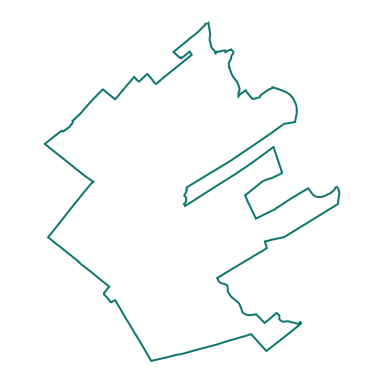 Frumusani, Calarasi, Romania
{"feature_id": "2599482B46828357361633", "entity_name": "Frumusani", "entity_type": "district", "adm_level": 2, "iso_a3": "ROU", "parent_name": "Romania", "parent_adm1": "Calarasi", "projection": "orthographic", "projection_center": [26.321, 44.314], "detail": "fine", "context": "isolated", "style": "outline", "palette": "teal", "viewbox_px": 384, "rotation_deg": 0, "n_neighbors": 0, "source": "geoboundaries", "source_scale": "gbopen_adm2", "svg_char_len": 5843}
<svg xmlns="http://www.w3.org/2000/svg" viewBox="0 0 384 384"><path d="M339.2,194.6L339.2,192.1L339.2,191.8L339.0,191.5L338.8,191.3L338.8,191.0L338.8,190.6L338.8,190.2L338.7,189.8L337.8,188.1L337.5,187.5L337.2,187.2L336.6,187.2L335.8,187.3L335.6,187.4L335.4,187.9L334.1,190.1L333.4,190.9L331.7,192.1L330.9,192.9L328.3,194.2L327.1,194.6L326.0,195.2L325.5,195.6L322.6,196.7L321.5,196.8L320.3,197.0L318.4,197.0L317.0,196.8L315.5,196.3L315.1,196.1L313.8,195.2L313.1,194.8L311.5,192.9L308.8,189.0L308.3,188.4L307.9,188.4L307.0,189.0L291.1,198.5L275.5,208.7L274.1,209.7L271.8,210.8L255.9,218.6L253.9,214.3L247.3,200.8L246.9,199.8L246.7,198.9L246.5,198.4L245.1,195.4L248.6,192.6L259.9,183.5L262.3,181.5L265.8,180.0L268.7,178.9L271.6,178.2L281.7,173.3L282.0,172.7L281.9,172.2L281.0,169.3L274.7,150.6L273.7,147.4L273.6,147.0L273.3,147.1L270.2,149.4L259.7,157.2L248.1,165.5L243.4,168.7L237.7,172.5L236.7,173.2L228.7,178.3L226.8,179.5L225.1,180.5L214.4,187.3L200.8,195.9L196.6,198.7L185.1,206.0L183.9,204.0L185.1,203.4L185.3,202.8L185.5,202.0L186.0,201.7L186.2,197.8L184.9,196.3L184.4,195.8L184.2,195.6L184.4,195.0L185.1,193.9L186.1,192.2L186.6,191.4L186.6,191.0L186.3,190.1L186.8,189.2L187.0,188.8L186.6,187.5L188.2,186.5L209.4,173.6L222.9,165.5L231.7,160.1L235.4,157.5L253.3,145.4L267.2,135.9L269.9,134.1L283.8,124.0L285.8,123.6L295.1,122.0L295.4,119.9L295.8,118.0L296.4,114.9L296.5,114.7L296.7,112.7L296.8,111.3L296.7,108.4L296.3,105.3L293.2,98.3L289.8,94.6L286.1,92.1L280.2,89.8L274.5,87.8L273.4,87.6L272.4,87.2L272.2,88.1L267.5,90.1L265.7,91.6L261.0,94.9L260.6,95.3L260.4,95.6L260.3,95.8L260.2,96.5L260.1,96.8L259.8,97.1L258.8,97.6L253.4,99.0L253.2,99.0L252.4,98.5L251.3,97.6L250.7,97.1L245.5,90.3L242.2,92.8L240.4,94.0L239.6,94.8L238.5,96.2L238.3,93.1L238.7,92.3L238.8,91.7L239.0,91.0L239.5,90.9L239.5,88.3L238.4,84.9L236.7,81.4L232.7,76.3L231.5,73.5L230.7,71.4L229.1,67.2L229.4,67.1L228.8,64.2L228.8,62.9L229.7,61.1L230.6,59.5L231.0,58.8L231.1,58.2L231.1,57.4L231.4,56.3L231.9,55.0L232.8,54.0L233.1,53.4L233.5,52.3L233.4,51.9L231.1,49.4L228.3,50.5L226.7,51.3L225.5,52.2L225.3,52.2L225.2,52.1L225.5,50.8L225.4,50.6L223.4,50.5L218.3,51.8L216.9,51.5L215.7,53.5L215.3,53.2L215.0,52.4L214.6,51.0L214.4,50.5L213.9,49.9L212.7,49.0L212.2,48.5L211.0,46.4L211.0,45.4L210.8,44.5L209.6,40.0L209.8,36.8L210.0,36.2L210.2,34.4L208.5,23.0L208.2,23.3L207.6,23.5L206.0,23.7L205.7,23.8L205.1,24.3L205.1,25.0L201.8,28.1L198.4,31.6L197.9,32.0L195.2,34.3L193.3,35.8L192.8,36.1L174.6,51.1L173.5,52.0L175.5,53.9L176.7,55.0L177.4,55.7L178.3,56.5L179.2,57.4L179.6,57.8L180.5,57.2L180.8,57.2L181.6,58.2L189.6,51.6L191.7,54.8L184.6,60.6L183.1,61.8L181.6,63.0L179.1,65.1L178.2,65.8L174.3,69.0L169.6,72.7L167.4,74.5L166.1,75.5L163.5,77.4L163.6,77.6L156.2,83.9L155.9,83.8L155.3,83.6L149.7,76.6L147.8,74.4L147.5,74.1L147.3,74.0L147.1,74.1L146.9,74.3L146.1,75.0L142.9,78.0L139.7,81.1L139.5,81.3L139.2,81.4L138.8,81.4L138.5,81.3L137.7,80.6L134.0,77.0L131.6,79.9L130.2,81.6L127.8,84.3L126.7,85.6L124.2,88.6L120.8,92.6L119.9,93.7L118.8,95.0L117.5,96.6L115.1,99.3L102.9,89.4L99.7,92.5L92.8,99.5L88.8,103.9L80.8,113.1L79.5,114.5L79.3,114.7L79.1,114.6L77.1,116.7L76.4,117.3L75.9,117.8L74.6,119.1L74.4,119.1L72.6,120.9L73.0,121.2L72.1,123.8L70.7,124.9L70.6,125.2L70.7,125.4L69.6,126.8L66.3,129.3L63.0,131.6L62.6,131.2L62.0,130.7L61.8,130.7L61.7,130.7L54.2,136.4L46.0,143.0L44.8,143.9L46.5,145.3L53.6,151.0L54.8,151.9L56.3,153.1L58.3,154.8L59.9,156.0L66.4,161.2L73.7,167.0L74.6,167.8L78.3,170.7L80.8,172.7L84.7,175.8L87.6,177.8L92.2,181.1L93.5,181.9L91.5,183.3L91.4,183.4L91.1,183.7L90.9,184.0L89.9,185.0L88.8,186.4L86.4,189.3L84.0,192.2L82.5,194.1L81.0,195.9L77.2,200.6L73.1,205.7L69.3,210.5L67.2,213.2L66.9,213.6L65.3,215.6L62.6,219.1L55.0,228.7L48.1,237.3L56.4,244.0L58.6,245.6L60.3,246.8L61.0,247.5L63.0,249.1L65.3,251.0L77.8,261.0L77.9,260.9L78.4,261.4L78.2,261.5L80.5,263.7L88.7,270.1L92.7,273.2L98.6,278.1L109.2,286.6L106.3,290.2L104.9,292.0L103.9,293.1L104.2,293.8L104.1,294.2L104.1,294.4L104.3,294.8L104.7,295.1L105.3,295.7L106.7,297.2L108.8,299.7L110.2,301.5L110.7,302.2L110.9,302.3L115.1,300.2L115.6,300.9L116.9,303.0L117.7,304.6L118.3,305.6L118.8,306.2L121.4,310.7L121.9,311.6L122.5,312.6L123.2,313.9L124.5,316.1L126.0,318.8L128.3,322.3L135.3,334.1L137.3,337.2L138.5,339.2L143.6,347.8L144.1,348.7L146.1,352.1L147.1,353.9L150.1,359.1L150.9,360.5L151.3,361.0L153.7,360.3L166.2,357.5L167.1,357.3L175.1,355.1L178.0,354.6L180.6,354.2L181.4,354.0L183.5,353.5L187.2,352.5L192.8,350.9L199.7,349.0L204.0,347.9L210.4,346.2L217.9,344.2L229.4,340.5L232.8,339.6L247.3,335.4L250.2,334.4L250.4,334.3L251.4,334.4L266.3,351.0L268.2,349.6L270.7,347.7L272.3,346.4L284.8,336.6L287.6,334.4L293.6,329.6L297.3,326.6L301.0,323.7L300.7,322.1L300.2,322.1L299.4,323.1L298.5,323.7L297.5,323.7L296.3,323.5L294.8,322.9L294.1,322.7L291.5,322.3L290.5,321.8L288.6,321.4L286.2,321.3L284.1,321.7L282.8,321.6L281.7,321.3L280.9,320.7L280.1,320.0L279.4,318.9L279.2,318.5L279.4,316.2L279.2,315.2L276.6,312.9L272.2,316.6L269.9,318.6L267.9,320.4L267.0,321.0L265.8,322.0L264.6,322.9L261.5,319.8L261.1,319.3L256.1,314.2L255.2,314.7L254.6,314.7L254.0,314.5L253.5,314.6L252.0,314.9L250.1,315.2L247.2,314.9L246.2,314.6L244.4,313.8L243.2,313.0L242.5,312.0L241.9,310.6L241.3,308.5L239.2,303.8L238.5,302.9L236.9,301.3L234.2,299.1L233.2,298.4L232.0,297.5L231.0,296.4L230.3,295.5L230.2,295.2L227.7,291.4L227.8,289.6L227.8,288.4L227.7,287.2L227.3,285.7L227.0,285.2L226.6,284.9L225.6,284.4L224.4,284.0L223.7,283.8L222.0,283.5L220.4,282.7L219.4,281.9L218.8,281.3L217.2,278.0L233.2,268.3L237.2,266.0L238.8,265.0L241.6,263.3L244.2,261.7L246.8,260.2L248.3,259.3L249.1,258.9L249.6,258.7L252.0,257.1L255.2,255.1L257.7,253.8L259.8,252.4L261.9,251.3L262.6,250.8L266.8,248.2L266.3,246.4L265.5,243.9L265.0,241.9L265.0,241.4L269.2,240.6L269.3,240.3L284.1,237.1L337.8,204.1L339.2,194.6Z" fill="none" stroke="#0f766e" stroke-width="2"/></svg>